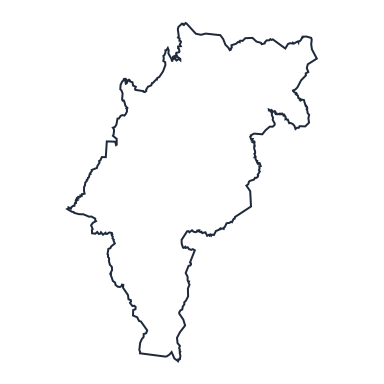 Karaga, Northern, Ghana
{"feature_id": "2480657B76285553918092", "entity_name": "Karaga", "entity_type": "district", "adm_level": 2, "iso_a3": "GHA", "parent_name": "Ghana", "parent_adm1": "Northern", "projection": "natural_earth1", "projection_center": [-0.451, 9.918], "detail": "fine", "context": "isolated", "style": "outline", "palette": "slate", "viewbox_px": 384, "rotation_deg": 0, "n_neighbors": 0, "source": "geoboundaries", "source_scale": "gbopen_adm2", "svg_char_len": 5914}
<svg xmlns="http://www.w3.org/2000/svg" viewBox="0 0 384 384"><path d="M177.5,360.7L177.8,360.2L178.2,361.0L179.3,358.9L179.9,359.0L180.4,355.8L179.7,352.9L180.3,351.6L179.6,351.0L179.8,349.5L179.1,348.2L179.9,346.0L177.5,343.0L177.0,337.8L180.0,332.1L185.1,325.5L183.3,319.6L179.3,313.7L179.2,312.4L180.4,310.4L182.3,309.4L182.7,306.7L184.4,304.2L184.2,302.4L185.9,300.7L188.1,296.4L187.9,288.5L189.5,284.8L188.6,282.8L189.0,281.5L188.1,281.4L187.6,280.2L187.6,276.8L185.7,273.0L188.6,265.8L190.3,265.5L191.0,264.4L190.9,263.2L190.0,262.5L194.8,250.3L192.8,249.2L191.4,249.8L189.2,249.3L187.7,247.3L185.7,247.9L185.3,246.8L183.7,247.9L183.0,247.6L181.7,243.8L181.6,239.9L187.1,231.3L188.5,231.2L189.4,232.3L192.0,230.3L193.5,231.7L195.6,232.2L197.0,231.6L197.2,230.6L199.3,230.3L199.1,231.5L200.5,232.1L201.5,231.7L202.3,233.1L205.4,232.3L207.2,235.8L209.1,234.7L209.7,235.6L210.5,234.7L211.2,235.7L212.1,234.6L213.9,235.0L216.0,230.9L218.6,230.0L220.3,228.5L220.7,229.1L222.0,228.4L223.7,228.9L223.9,227.6L224.8,227.0L226.6,223.2L229.5,222.9L230.9,221.8L232.0,222.2L233.6,218.9L234.7,218.6L235.0,217.0L251.0,206.5L250.2,191.2L246.4,185.6L248.3,184.2L248.9,181.8L249.9,180.9L254.0,179.6L255.0,177.8L256.3,177.9L257.7,176.9L258.2,175.6L257.7,174.8L259.8,171.5L258.9,170.2L259.5,168.8L259.4,166.6L260.7,166.1L259.7,163.2L258.6,162.9L258.1,164.0L257.8,163.7L256.9,162.0L257.2,160.9L256.4,160.7L255.5,158.8L255.6,157.0L254.7,157.1L255.2,156.1L254.4,153.8L255.1,153.3L255.1,151.5L254.2,148.6L254.2,146.2L254.7,146.1L254.2,142.8L253.7,142.6L254.5,142.4L254.4,141.5L251.8,140.7L252.6,139.0L251.1,139.1L250.2,136.7L251.1,135.9L250.9,135.3L254.1,133.6L262.3,134.3L265.6,130.2L269.7,126.7L272.7,126.7L274.6,125.0L274.7,123.5L272.7,119.8L273.0,117.7L271.8,115.0L272.0,113.0L269.7,110.4L268.9,110.4L268.8,109.5L271.1,110.6L271.6,110.1L273.0,111.8L274.8,111.1L275.4,111.8L275.2,113.0L276.3,113.3L276.0,114.1L278.0,114.3L279.2,113.7L279.9,114.3L280.4,113.7L281.4,114.1L281.3,114.8L282.0,113.8L282.4,114.5L283.6,114.4L283.7,115.5L284.4,115.1L285.5,116.7L285.5,118.9L286.0,118.5L286.8,119.6L287.8,119.6L289.2,123.2L290.5,123.0L292.6,123.9L294.4,125.8L295.5,129.0L297.1,127.7L298.8,127.8L299.6,126.2L305.2,126.4L309.0,122.7L308.4,118.3L309.1,114.9L307.6,113.0L307.2,109.9L306.6,109.2L307.3,108.2L307.0,106.9L305.9,106.4L306.1,105.5L305.4,105.1L303.9,100.0L301.9,99.7L300.4,100.6L299.7,99.8L300.2,98.8L298.3,97.9L297.9,95.6L296.0,94.4L296.7,93.7L296.3,93.0L294.4,92.4L293.5,91.2L293.3,91.7L293.3,90.8L292.2,90.8L295.2,89.6L297.4,87.4L301.1,80.3L305.9,75.4L305.7,73.4L308.3,72.0L306.8,68.1L307.8,64.3L316.8,58.6L311.9,49.3L311.2,44.4L311.7,39.7L311.2,37.9L306.7,36.6L303.4,36.6L302.7,37.5L302.3,37.1L300.9,40.0L299.7,41.2L298.5,41.3L298.4,42.2L298.1,41.6L297.2,41.7L293.8,43.6L292.9,42.7L292.4,43.5L289.9,43.2L288.0,44.0L285.3,48.5L272.8,39.4L271.4,39.9L270.3,39.2L269.2,40.3L266.6,40.4L264.9,42.3L264.7,43.4L261.7,44.2L260.9,42.8L256.5,41.6L252.5,37.9L245.3,38.2L242.6,40.9L240.2,40.7L239.1,41.7L239.4,42.2L237.9,42.1L236.0,43.8L231.5,45.2L231.8,47.6L230.9,48.4L230.8,49.7L229.8,50.2L228.3,47.6L225.4,44.7L223.2,39.1L220.4,35.2L205.7,33.6L201.0,34.8L195.8,33.7L186.5,23.5L185.6,23.0L183.9,25.0L183.1,24.6L183.2,23.9L182.0,23.6L178.4,27.0L177.8,29.2L178.8,36.3L178.0,37.5L179.6,38.4L179.4,40.7L180.5,41.0L181.0,42.0L179.8,44.3L180.8,46.2L178.1,46.5L178.1,48.3L178.8,48.7L179.5,51.3L179.1,52.2L176.4,52.8L176.1,53.9L177.5,56.9L180.3,58.9L180.3,60.2L178.9,58.9L176.5,60.5L175.2,59.1L175.6,57.9L174.6,58.4L175.0,55.8L173.1,56.7L172.2,61.6L171.5,59.1L168.4,53.4L168.7,50.3L167.8,48.0L166.5,50.1L165.4,50.3L165.5,52.3L164.3,55.3L163.4,55.9L163.8,58.6L163.3,61.0L165.2,62.2L165.4,65.0L163.1,71.3L159.3,77.0L157.4,77.9L156.9,79.5L156.4,79.3L152.7,83.1L152.0,83.1L151.3,85.3L148.0,86.7L146.1,89.8L146.3,90.9L144.8,92.1L143.4,91.7L143.3,91.1L135.4,89.9L135.0,89.0L135.8,86.8L133.1,85.6L132.5,82.3L129.6,81.3L129.8,80.4L129.0,79.7L127.7,80.4L126.7,83.3L125.8,83.7L125.3,80.5L126.1,79.6L125.7,78.8L123.9,79.0L123.3,80.7L122.2,81.5L120.6,84.8L120.3,89.3L121.5,90.5L122.6,93.5L122.1,99.5L122.7,100.7L123.7,100.4L124.1,101.0L125.5,105.9L127.3,107.9L126.4,108.5L127.0,109.3L126.9,111.7L125.6,114.2L124.4,115.6L122.6,115.1L120.7,115.8L118.9,118.5L117.5,118.6L116.4,124.6L115.0,126.9L112.9,127.7L113.9,129.2L114.0,131.1L113.6,134.5L112.9,135.8L116.7,138.9L116.7,144.7L116.1,145.1L115.2,141.7L106.8,141.4L105.8,157.1L101.8,157.1L100.4,160.3L99.1,161.0L99.5,162.7L97.3,166.1L97.0,167.9L91.7,170.0L91.8,171.1L90.3,173.0L90.5,174.0L89.7,174.1L88.9,177.3L87.9,177.9L87.6,179.5L86.7,179.9L86.8,181.0L85.3,182.5L84.9,185.7L84.1,186.8L84.0,191.1L84.6,193.7L81.9,194.2L81.7,195.9L80.4,195.5L80.2,196.8L78.6,196.9L78.5,197.8L78.0,197.3L77.5,198.3L77.0,198.0L76.0,199.9L77.2,200.3L75.8,201.2L76.0,203.0L74.9,203.2L74.4,205.9L73.1,205.9L71.4,207.2L70.9,208.6L68.5,207.4L68.4,208.3L67.2,209.0L72.0,211.8L73.6,212.0L74.2,212.9L79.1,214.2L83.4,214.3L89.1,216.7L91.3,216.5L95.2,218.6L95.2,220.2L96.0,221.1L92.8,222.9L91.1,225.3L92.7,229.1L91.9,230.1L92.1,233.3L95.4,233.7L97.2,232.0L98.8,234.0L100.4,233.6L101.0,232.3L103.0,234.7L105.5,232.8L106.0,233.9L107.0,234.0L109.2,232.5L111.8,232.9L112.2,234.1L111.6,234.2L111.8,235.5L112.8,236.6L112.5,238.4L113.8,239.7L113.5,240.6L114.8,243.5L111.2,246.4L110.4,248.1L108.4,248.9L107.5,254.1L108.1,254.8L108.0,256.9L109.1,258.3L109.0,261.3L109.9,264.8L111.8,266.8L112.1,270.0L110.3,273.7L111.0,273.9L110.8,275.0L112.9,281.0L115.1,282.6L115.5,284.9L117.7,286.7L120.0,287.0L121.6,286.0L122.0,284.6L123.3,284.9L123.0,287.7L128.0,295.1L128.5,299.3L130.8,300.1L131.0,301.6L130.0,302.9L132.4,306.0L134.4,305.8L135.7,307.1L135.4,309.3L133.2,310.0L133.0,315.5L137.2,317.3L139.0,320.9L141.0,321.6L147.2,330.4L146.1,333.3L143.7,334.0L143.6,337.0L141.8,339.1L140.2,342.7L139.3,349.9L140.2,352.1L140.0,353.3L165.4,356.6L166.9,356.3L169.5,354.5L171.6,352.1L174.4,358.5L177.5,360.7Z" fill="none" stroke="#1e293b" stroke-width="2"/></svg>